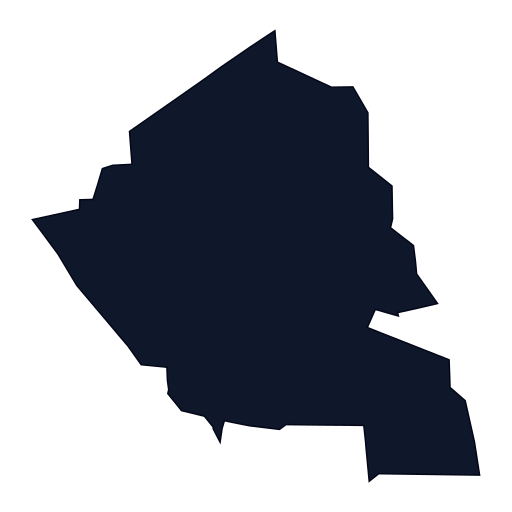 Bacoachi, Sonora, Mexico
{"feature_id": "50627088B75325241726105", "entity_name": "Bacoachi", "entity_type": "district", "adm_level": 2, "iso_a3": "MEX", "parent_name": "Mexico", "parent_adm1": "Sonora", "projection": "orthographic", "projection_center": [-109.957, 30.68], "detail": "fine", "context": "isolated", "style": "filled", "palette": "ink", "viewbox_px": 512, "rotation_deg": 0, "n_neighbors": 0, "source": "geoboundaries", "source_scale": "gbopen_adm2", "svg_char_len": 1135}
<svg xmlns="http://www.w3.org/2000/svg" viewBox="0 0 512 512"><path d="M465.2,400.7L450.0,387.4L450.0,385.9L449.6,373.6L449.1,359.8L379.6,332.4L367.3,327.5L369.3,323.0L371.6,317.8L373.1,314.4L375.3,309.4L388.5,313.2L398.4,316.0L397.6,312.6L417.6,308.2L437.5,303.5L437.3,303.2L416.6,273.9L415.5,261.7L413.5,245.6L411.9,244.3L401.9,236.6L390.5,227.7L392.6,218.8L392.4,209.8L392.0,186.0L368.4,167.3L367.9,112.8L352.9,86.9L331.4,87.2L277.4,62.1L274.9,30.7L268.1,35.1L250.2,47.0L221.2,66.9L204.2,79.2L193.4,86.8L132.0,129.7L129.5,131.4L132.0,164.3L112.7,165.3L102.4,168.6L97.8,184.1L93.0,199.4L79.8,199.8L79.5,209.3L32.4,219.6L41.3,231.5L58.0,254.1L76.8,285.5L108.1,322.5L118.9,335.4L127.9,346.0L130.2,349.2L141.2,364.7L166.9,367.2L167.4,380.3L168.7,389.7L167.8,393.6L177.6,405.7L181.5,410.6L204.4,416.2L213.2,427.1L213.1,428.6L220.1,442.2L222.1,428.4L224.4,420.7L234.4,422.8L248.6,425.6L249.0,425.7L279.5,429.4L286.0,424.6L322.3,425.0L348.9,425.2L353.7,425.3L363.8,425.4L365.6,442.2L366.1,448.4L369.2,481.3L378.7,473.7L479.6,475.1L475.9,451.2L475.0,445.5L474.5,442.1L465.2,400.7Z" fill="#0f172a" stroke="#020617" stroke-width="1.5"/></svg>